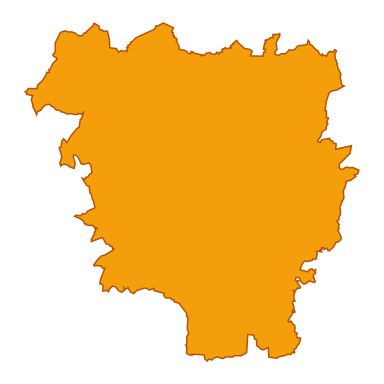 the district of San Juan de los Lagos, Jalisco, Mexico
{"feature_id": "50627088B93334545972331", "entity_name": "San Juan de los Lagos", "entity_type": "district", "adm_level": 2, "iso_a3": "MEX", "parent_name": "Mexico", "parent_adm1": "Jalisco", "projection": "natural_earth1", "projection_center": [-102.298, 21.254], "detail": "fine", "context": "isolated", "style": "filled", "palette": "amber", "viewbox_px": 384, "rotation_deg": 0, "n_neighbors": 0, "source": "geoboundaries", "source_scale": "gbopen_adm2", "svg_char_len": 5821}
<svg xmlns="http://www.w3.org/2000/svg" viewBox="0 0 384 384"><path d="M94.1,23.2L92.7,26.1L86.3,31.8L86.0,32.9L84.4,32.9L81.8,35.9L78.5,35.7L75.2,33.2L71.9,31.9L68.0,32.0L65.9,30.9L61.8,31.7L60.0,33.1L55.2,43.1L55.2,52.3L52.8,54.7L53.6,56.3L56.5,57.9L57.1,59.2L53.1,63.1L49.9,69.6L48.9,69.6L49.4,72.5L46.7,72.3L46.5,74.1L42.3,80.7L37.6,85.2L36.8,88.7L28.2,88.5L27.6,90.0L25.2,91.8L26.6,92.6L26.7,94.4L32.5,95.6L31.4,99.3L31.6,101.2L33.0,104.8L32.8,106.3L36.6,114.6L37.1,112.1L41.4,109.8L42.1,108.0L45.5,104.9L48.5,104.3L50.7,105.1L51.7,106.5L53.4,106.8L56.1,110.0L59.5,110.3L61.7,112.1L63.3,112.1L67.0,114.0L70.5,113.6L75.1,114.5L77.8,114.4L79.3,113.4L81.6,114.2L83.5,112.6L81.4,118.9L80.3,119.3L79.1,127.3L77.1,128.4L71.3,135.2L66.9,142.5L63.6,138.7L62.1,140.5L60.9,147.3L59.1,147.5L61.9,156.9L59.8,163.2L60.8,166.2L62.5,164.5L64.3,164.3L67.6,164.9L69.1,166.6L74.2,168.5L75.2,163.4L73.2,156.4L73.8,154.7L75.9,155.2L78.2,157.3L81.1,163.8L83.1,164.4L89.2,163.0L90.8,165.5L92.0,173.0L89.7,174.0L87.7,177.1L85.8,177.2L85.1,179.1L82.2,178.2L86.7,185.5L89.1,186.3L89.9,192.9L91.6,194.7L92.2,199.0L93.6,201.4L94.0,204.3L94.8,205.6L94.6,208.0L87.7,211.0L85.5,214.0L82.6,213.6L80.5,215.8L76.4,215.1L74.5,216.3L81.3,219.2L83.8,221.6L84.3,223.7L85.8,223.8L85.8,224.6L89.4,225.5L91.5,225.1L94.6,227.1L94.7,228.1L96.9,227.9L96.5,229.0L95.5,228.9L95.3,231.2L94.3,232.5L94.4,234.5L93.3,235.4L92.1,238.6L91.4,238.7L91.7,241.0L90.6,241.8L101.8,237.6L103.2,238.5L106.0,243.7L109.7,245.0L110.1,246.4L112.3,246.8L112.7,248.8L113.8,248.8L113.3,249.9L104.3,255.4L102.1,255.6L98.6,258.4L93.8,264.8L94.5,266.1L95.6,265.5L100.0,265.9L101.6,266.4L101.9,267.5L103.6,268.5L104.8,268.2L100.7,279.0L99.7,283.7L102.6,284.6L103.1,287.2L102.6,291.1L107.0,290.5L108.5,291.8L109.7,288.8L112.3,286.1L115.5,286.8L118.6,290.7L121.3,292.1L122.3,292.1L124.3,290.5L124.1,287.9L125.1,289.4L128.2,287.7L130.4,292.0L133.8,293.6L136.6,290.7L144.0,288.2L146.2,288.1L149.2,290.0L154.0,288.4L154.2,290.7L163.8,293.2L163.9,295.9L165.9,298.0L170.5,298.0L171.3,299.4L173.8,300.0L174.1,301.9L178.8,303.1L186.9,313.6L186.4,316.0L188.0,318.1L187.2,328.4L188.7,333.4L186.5,337.1L187.0,338.4L186.5,345.3L185.7,345.3L186.8,346.8L186.5,353.3L188.6,354.7L191.9,355.2L192.0,354.3L193.3,354.7L193.5,354.2L204.2,355.0L204.8,358.9L207.1,361.0L209.0,359.1L212.2,360.0L214.0,358.0L217.7,356.8L219.4,357.8L223.6,358.5L225.3,356.8L232.9,357.0L234.6,355.6L240.8,355.8L244.7,353.9L246.7,352.4L247.7,334.5L253.8,335.2L254.5,338.9L256.6,340.1L256.6,345.6L261.8,349.7L263.7,349.8L268.2,347.5L268.8,357.2L277.0,358.3L279.0,356.7L285.6,355.4L287.6,354.2L290.5,354.6L292.5,352.2L294.3,353.0L294.7,352.2L293.9,349.6L296.0,348.4L297.2,345.6L299.1,343.9L300.7,338.2L297.1,337.6L296.3,334.8L297.1,334.2L297.1,333.1L294.9,332.1L294.6,330.9L295.1,328.3L294.7,325.2L293.2,324.4L290.8,320.9L289.1,321.9L287.9,321.0L292.8,313.0L295.0,312.0L294.3,310.1L292.5,311.2L294.1,307.7L292.4,302.1L293.0,301.1L294.9,301.1L293.9,298.1L294.0,294.1L295.1,292.1L293.2,290.9L296.0,290.1L297.0,288.3L299.8,288.3L300.5,287.3L297.2,282.2L298.7,281.0L295.4,280.4L295.6,278.0L297.1,277.2L299.6,278.0L300.7,281.4L303.7,284.1L305.7,283.7L309.3,280.9L314.7,282.6L315.1,281.0L313.2,276.0L314.0,274.1L315.7,273.3L315.2,271.3L315.7,269.8L313.7,270.7L312.2,268.9L310.6,269.0L308.5,270.4L307.8,271.9L299.9,269.7L302.3,263.7L304.5,261.3L309.4,261.1L312.1,260.4L313.0,259.1L316.1,259.0L317.2,254.2L316.6,251.3L321.0,251.7L319.6,250.6L320.8,249.5L321.5,250.6L321.7,247.6L323.6,247.8L323.5,249.3L327.0,248.4L328.0,250.6L329.1,250.9L333.4,247.2L336.1,242.2L338.0,242.0L340.7,239.8L341.4,237.8L337.9,230.2L339.1,228.4L338.4,226.1L339.3,224.7L336.8,221.0L338.8,220.0L338.7,218.2L340.6,213.7L339.9,207.0L341.6,203.1L341.5,201.8L342.2,201.5L343.9,198.2L343.3,190.9L345.1,186.9L346.4,181.3L350.8,180.2L355.8,176.5L354.3,174.9L357.7,173.8L358.8,170.9L358.7,170.0L352.2,167.3L350.6,167.9L346.3,167.1L342.7,169.3L341.3,169.4L339.5,168.1L339.4,163.9L350.1,153.4L351.4,145.7L335.6,149.3L336.2,143.7L333.1,142.8L332.7,141.2L329.5,139.7L329.7,138.4L321.8,139.7L320.0,142.6L317.6,141.0L320.7,136.5L322.2,131.8L326.3,128.9L326.3,126.2L327.7,124.5L327.7,123.0L326.5,122.6L328.5,118.0L326.4,117.5L326.4,110.8L325.1,110.6L326.2,101.8L328.9,93.2L331.7,90.9L336.7,90.1L344.2,86.0L341.9,85.2L339.9,76.0L341.1,74.4L337.9,68.1L337.4,65.1L336.5,64.3L337.2,63.2L336.2,61.3L336.4,60.2L335.3,59.5L334.9,54.0L336.6,51.0L334.7,49.6L332.6,52.4L330.7,51.3L328.6,52.1L326.2,56.4L324.6,55.2L322.8,55.5L322.3,54.3L321.9,55.4L320.0,54.4L317.6,50.4L316.2,50.0L311.7,45.2L310.0,44.5L309.3,41.7L308.1,40.3L307.1,44.6L297.9,45.9L295.0,49.1L292.4,50.3L289.0,49.8L286.9,52.6L284.6,53.8L281.4,53.7L278.7,55.3L276.7,55.0L274.8,53.9L275.2,51.8L277.1,49.3L276.0,43.0L279.9,35.5L279.7,33.6L278.3,34.4L272.9,34.5L273.1,37.7L270.5,37.6L266.7,40.6L266.3,39.8L265.1,40.3L265.4,43.3L264.6,43.4L263.5,48.7L263.5,49.3L265.3,49.2L265.1,52.2L263.7,52.3L262.8,56.2L250.5,55.9L252.2,51.2L249.3,49.3L244.3,48.4L238.0,42.6L236.8,40.4L234.7,41.7L233.7,43.9L232.9,43.5L232.1,45.1L230.8,45.4L231.0,47.2L230.5,46.5L229.4,48.3L226.2,48.5L225.3,47.6L223.3,49.1L222.6,48.9L221.9,49.7L222.6,51.9L219.7,52.4L219.2,53.9L216.7,52.2L215.5,54.3L212.0,54.2L209.8,52.4L208.5,53.2L206.3,53.1L204.4,55.3L203.0,54.8L202.9,55.6L201.7,55.7L200.8,55.5L200.9,54.7L193.0,52.8L192.8,51.8L191.1,51.4L190.6,53.7L187.8,53.2L187.3,51.9L184.8,50.4L179.4,49.4L178.8,45.6L176.5,41.2L177.1,39.8L175.6,37.6L174.1,37.3L174.3,35.8L172.9,35.6L173.2,32.7L171.5,31.8L173.6,27.9L163.3,23.0L158.1,25.8L155.9,26.0L155.0,28.6L153.6,29.6L135.9,37.8L132.1,41.7L131.1,41.8L129.5,45.0L128.0,45.1L128.0,47.3L126.7,47.4L127.5,49.0L126.7,51.5L126.1,50.6L123.0,51.3L121.4,50.5L118.5,52.2L116.4,48.6L109.8,47.8L109.3,38.8L107.3,31.1L103.1,31.3L102.5,30.2L99.6,29.7L98.9,26.0L94.1,23.2Z" fill="#f59e0b" stroke="#b45309" stroke-width="1.5"/></svg>